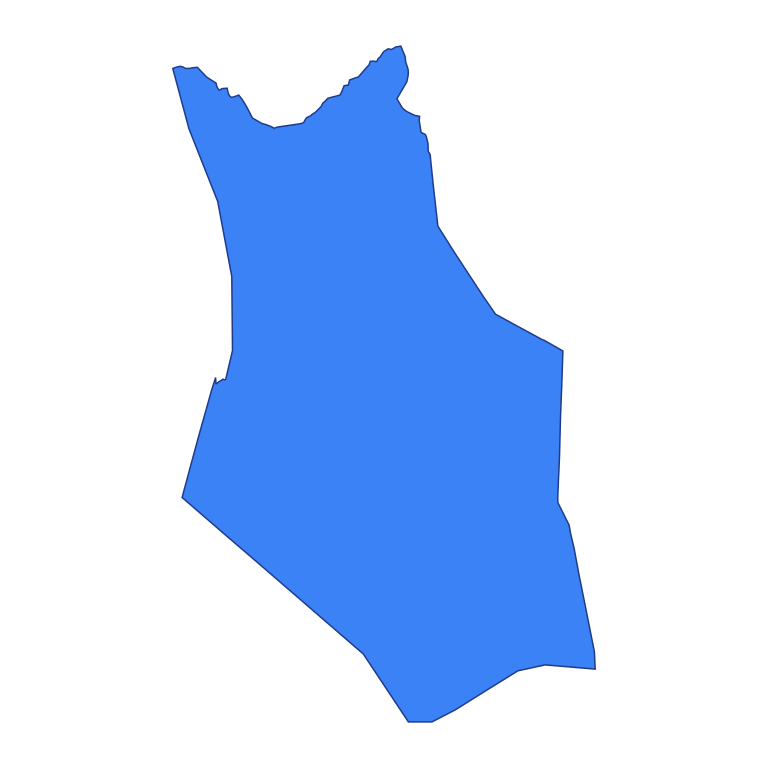 Villa de Tamazulápam del Progreso, Oaxaca, Mexico (Equal Earth projection)
{"feature_id": "50627088B71478824298486", "entity_name": "Villa de Tamazulápam del Progreso", "entity_type": "district", "adm_level": 2, "iso_a3": "MEX", "parent_name": "Mexico", "parent_adm1": "Oaxaca", "projection": "equal_earth", "projection_center": [-97.589, 17.695], "detail": "fine", "context": "isolated", "style": "filled", "palette": "blue", "viewbox_px": 768, "rotation_deg": 0, "n_neighbors": 0, "source": "geoboundaries", "source_scale": "gbopen_adm2", "svg_char_len": 1889}
<svg xmlns="http://www.w3.org/2000/svg" viewBox="0 0 768 768"><path d="M172.8,68.4L173.0,69.3L188.9,128.6L203.7,166.1L217.7,201.4L231.8,276.6L232.5,350.6L227.7,370.9L225.7,379.3L224.3,379.9L223.0,379.2L218.7,381.9L216.6,383.7L216.0,383.6L215.6,377.5L211.3,391.2L198.2,437.9L188.1,475.1L182.1,497.5L229.5,538.5L253.2,558.8L314.6,611.9L363.3,654.0L408.4,721.9L432.0,721.9L455.7,709.6L485.5,690.9L517.9,670.8L545.0,664.9L595.2,669.1L594.4,651.8L586.6,612.6L578.8,573.7L574.0,547.8L570.8,534.5L569.1,525.1L557.8,502.5L557.8,500.3L557.8,500.0L557.8,495.5L558.6,476.5L558.7,475.2L559.5,456.5L560.5,417.1L561.7,386.6L562.0,378.2L562.9,351.0L544.5,340.5L541.2,339.1L514.1,324.4L503.4,318.5L495.4,314.1L493.1,310.7L483.8,297.2L483.4,296.6L459.7,260.5L453.9,251.6L437.8,226.0L437.3,221.0L432.9,181.9L430.1,154.4L428.5,151.7L428.2,151.3L428.1,146.9L428.0,143.5L426.4,136.9L425.4,134.5L421.1,132.4L419.2,120.6L419.6,116.3L414.7,115.4L406.9,111.6L402.6,108.3L400.7,105.2L396.9,98.7L406.8,81.9L408.1,75.7L408.3,72.6L408.1,69.5L407.3,66.9L405.7,62.0L405.1,56.4L400.8,46.1L395.8,47.0L391.5,49.5L388.2,48.8L383.5,51.8L380.2,56.9L378.3,58.4L376.6,61.7L373.9,61.1L370.3,61.3L369.0,65.0L367.4,66.5L358.3,77.0L355.3,77.9L349.6,80.0L348.4,85.0L344.1,85.7L341.5,92.2L339.9,95.1L328.0,98.2L327.9,98.2L325.6,100.8L322.9,103.0L321.4,106.2L318.7,109.0L315.3,112.4L312.4,114.1L310.3,116.0L306.7,117.6L304.7,120.5L303.8,122.6L301.4,123.4L298.6,124.0L278.6,126.9L276.2,127.4L274.4,128.3L271.2,126.6L265.7,124.5L262.1,123.6L252.5,118.1L250.8,114.8L248.5,110.3L246.7,106.9L245.5,104.9L243.6,101.7L241.7,98.8L238.7,95.1L234.0,96.8L231.5,97.4L229.7,96.1L228.5,94.0L227.8,91.3L227.1,88.2L221.9,88.6L219.4,90.3L217.7,88.3L216.5,85.4L216.0,83.0L210.2,79.4L206.3,76.8L199.1,69.1L197.3,67.3L192.5,67.8L189.4,68.4L185.4,68.4L183.1,67.1L180.7,66.3L177.6,66.8L172.8,68.4Z" fill="#3b82f6" stroke="#1e3a8a" stroke-width="1.5"/></svg>